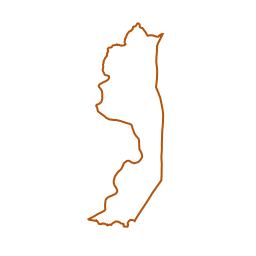 Goudomp, Sédhiou, Senegal, rotated 296°
{"feature_id": "50182788B48951494587639", "entity_name": "Goudomp", "entity_type": "district", "adm_level": 2, "iso_a3": "SEN", "parent_name": "Senegal", "parent_adm1": "Sédhiou", "projection": "mercator", "projection_center": [-15.551, 12.644], "detail": "fine", "context": "isolated", "style": "outline", "palette": "amber", "viewbox_px": 256, "rotation_deg": 296, "n_neighbors": 0, "source": "geoboundaries", "source_scale": "gbopen_adm2", "svg_char_len": 5696}
<svg xmlns="http://www.w3.org/2000/svg" viewBox="0 0 256 256"><g transform="rotate(296 128 128)"><path d="M226.4,91.0L225.9,90.6L225.4,90.5L223.4,90.4L223.0,90.2L222.2,89.5L221.9,89.2L221.8,88.8L221.4,88.5L220.8,88.3L220.5,88.4L220.1,88.5L219.7,88.7L219.3,88.7L219.0,88.8L218.7,88.6L218.2,88.5L217.7,88.4L217.3,88.1L216.4,88.0L216.2,87.7L215.8,87.5L215.6,87.1L215.0,86.7L214.3,86.5L213.6,86.5L213.0,86.3L211.9,86.1L210.4,86.3L209.9,86.3L209.5,86.3L207.5,86.5L207.0,86.2L206.5,86.5L204.5,87.0L203.8,87.2L203.1,87.8L202.8,88.1L202.6,88.4L202.5,88.7L202.3,89.0L201.8,89.0L201.6,88.9L200.6,88.3L200.5,88.0L199.7,86.9L199.1,85.9L198.9,84.6L198.9,83.5L198.1,82.5L198.1,82.0L198.3,81.6L198.2,81.2L197.7,81.1L196.9,80.2L195.7,78.3L195.0,78.0L194.2,77.9L193.5,77.8L193.1,77.6L192.5,76.8L192.3,76.5L192.1,76.0L192.0,75.8L191.6,75.5L191.0,75.3L190.4,75.1L189.9,75.2L189.0,75.9L187.9,76.6L187.5,76.6L186.0,76.5L185.3,76.7L184.4,77.2L183.8,77.5L183.4,77.3L181.9,77.1L181.5,76.9L180.9,76.8L179.2,76.8L178.3,76.8L177.7,76.8L176.8,77.0L175.8,77.6L174.4,77.6L171.9,79.1L171.4,79.2L170.5,79.4L169.3,79.7L168.4,80.3L167.5,81.4L167.2,81.8L166.7,82.5L166.5,82.8L166.2,83.0L165.7,83.8L165.7,84.2L165.7,84.9L166.1,86.6L166.2,88.1L166.0,88.4L165.7,88.5L165.4,88.7L164.9,89.0L163.8,89.0L163.1,88.9L161.9,88.5L161.3,88.2L160.9,87.8L160.2,87.4L159.3,86.6L156.9,84.7L156.2,84.3L154.9,83.5L154.3,83.3L153.8,83.2L153.1,83.2L152.5,83.6L152.2,84.1L151.2,86.2L150.5,87.3L149.7,88.3L149.0,89.0L148.1,89.4L147.1,90.1L146.5,90.4L144.9,91.1L143.9,91.7L142.7,92.2L141.3,92.4L140.5,92.5L139.6,92.5L139.2,92.4L137.8,91.8L136.6,91.1L136.0,90.5L135.2,89.8L134.4,89.5L133.7,89.9L133.1,91.0L132.7,91.4L132.4,91.8L131.3,92.4L130.9,92.8L130.4,93.1L129.9,93.6L129.8,94.1L129.5,94.9L128.9,98.2L128.7,99.1L128.7,99.7L128.5,100.5L128.4,101.2L128.1,102.5L127.8,103.4L127.5,103.9L127.6,105.8L127.5,107.1L127.6,107.5L127.8,108.0L127.9,108.6L128.2,109.2L128.4,110.0L128.7,110.6L128.9,111.6L130.0,113.8L130.3,115.5L130.5,116.0L130.9,117.5L131.4,121.2L131.8,124.4L132.4,127.5L132.4,128.7L132.4,129.2L132.2,129.8L132.0,130.3L131.1,131.0L129.1,132.8L126.2,135.9L125.8,136.4L125.5,137.0L124.8,138.0L124.4,138.8L124.2,139.5L123.3,141.4L122.8,142.3L122.4,142.7L121.5,143.5L121.1,143.7L118.9,144.8L116.0,146.4L113.8,147.7L112.3,149.9L111.1,151.4L110.0,152.4L108.8,153.2L107.9,153.4L107.2,153.4L106.4,153.4L105.7,153.2L104.1,153.0L103.5,152.7L102.4,152.4L102.0,152.2L101.4,151.6L100.6,150.8L100.3,150.4L99.4,149.5L98.9,148.7L98.7,146.4L98.7,145.4L98.8,145.0L98.8,144.6L99.0,144.2L99.0,143.7L98.9,143.3L98.9,143.0L98.4,142.1L98.0,141.5L97.0,140.9L95.8,140.4L95.2,140.0L94.1,139.7L93.2,139.9L92.6,139.9L91.5,140.0L89.9,139.9L88.8,140.0L87.7,139.8L86.9,139.5L85.6,139.0L85.1,138.6L83.5,138.3L82.9,138.0L82.3,138.0L81.6,137.8L81.2,137.9L79.6,137.6L78.7,137.6L77.9,137.6L76.7,137.8L75.8,138.1L75.1,138.1L74.6,138.3L73.6,138.6L73.2,138.9L72.6,139.1L71.2,140.4L70.5,141.1L70.1,141.8L69.8,142.2L69.6,142.7L69.2,143.1L68.9,143.9L68.1,144.7L67.1,145.8L66.6,145.9L66.0,146.2L65.6,146.1L65.2,146.1L64.1,146.0L63.7,145.7L63.1,145.5L62.7,145.2L62.5,144.9L61.9,144.6L61.4,144.1L60.8,143.7L59.2,142.3L58.7,141.7L58.2,141.3L57.7,141.0L57.1,140.5L54.2,139.4L53.1,139.6L51.9,140.0L50.9,140.3L50.1,140.7L48.5,141.2L44.8,143.3L44.6,143.3L44.0,143.2L43.2,143.0L38.9,139.8L38.4,139.3L38.0,139.0L35.2,137.2L34.5,136.7L33.1,135.7L31.7,134.8L30.9,134.0L28.7,132.5L28.5,133.0L28.5,133.4L28.9,134.5L29.1,135.4L29.9,137.8L30.0,138.5L30.0,138.9L30.3,139.4L30.5,139.5L30.9,139.7L31.1,139.9L30.7,140.4L30.6,140.7L30.6,140.9L30.8,141.2L30.4,141.8L30.1,142.1L29.9,142.7L29.5,143.1L29.1,143.5L29.2,143.9L29.4,144.3L29.4,144.8L29.3,145.0L29.3,145.3L29.4,145.5L29.7,145.8L29.9,146.3L31.0,146.7L31.3,147.5L31.2,148.0L31.7,148.8L31.8,149.0L31.8,149.3L31.7,149.5L31.7,149.9L31.8,150.3L31.8,150.9L31.7,151.5L31.6,152.0L32.0,152.0L31.9,152.3L32.1,152.8L32.9,153.5L33.3,154.2L33.4,154.5L33.4,155.1L33.6,155.4L33.9,155.6L34.4,155.5L34.9,155.6L36.6,156.5L37.4,157.2L38.2,157.6L38.9,158.3L38.9,158.7L39.0,159.0L39.5,160.1L39.4,160.3L39.5,160.8L39.4,161.2L39.6,161.5L39.4,162.4L39.2,162.8L39.2,163.5L39.3,164.3L39.5,165.1L39.8,165.7L39.8,166.0L39.6,166.3L39.3,166.4L38.6,166.8L37.8,167.2L37.7,167.5L37.8,167.9L38.2,168.9L39.0,170.3L39.1,170.8L39.7,170.9L40.5,170.6L41.3,170.4L41.5,169.9L41.9,169.7L42.1,169.5L42.4,169.5L43.0,169.4L43.6,169.4L44.1,169.5L44.5,169.6L44.9,169.7L45.2,169.9L46.5,170.5L46.7,171.5L47.1,171.9L47.3,172.8L47.3,173.2L47.4,173.8L47.2,174.8L48.4,174.8L52.1,175.1L58.6,175.9L67.0,177.0L75.4,178.0L80.1,178.4L91.8,180.3L95.7,180.9L96.1,180.7L97.3,180.1L99.6,179.2L106.8,175.8L108.6,175.0L110.7,174.0L115.8,171.1L117.0,170.5L121.3,168.8L124.7,167.3L129.9,164.7L134.2,162.9L136.9,161.6L141.0,159.8L144.8,158.4L149.6,156.4L155.4,153.8L158.2,152.0L161.1,150.0L162.5,148.9L164.2,147.6L166.9,145.6L169.4,143.6L172.9,139.9L176.9,135.3L183.8,132.9L189.8,130.3L190.9,129.7L192.7,128.9L200.0,124.3L201.1,123.9L204.6,122.3L210.1,120.2L211.8,119.3L213.1,118.9L214.2,118.2L215.6,118.1L216.2,117.9L217.8,117.9L223.1,118.0L227.5,118.0L227.3,117.7L227.1,117.5L227.3,117.4L227.2,117.2L226.5,116.6L226.2,116.5L226.1,116.3L225.5,116.0L225.2,116.0L225.2,115.8L224.4,115.5L223.7,115.5L223.3,115.2L223.3,114.9L222.8,114.2L222.7,113.9L222.6,113.3L222.3,111.7L222.3,111.2L222.2,110.5L222.2,110.1L222.1,109.7L221.7,108.9L221.5,108.2L221.0,107.1L220.5,106.3L220.0,106.0L219.8,105.7L219.6,105.3L219.8,104.6L220.1,104.3L220.6,103.4L221.4,102.4L222.0,101.3L222.4,100.6L223.1,99.0L223.7,98.2L223.9,97.9L224.0,97.6L224.1,97.0L224.1,96.7L224.0,96.3L223.7,95.5L223.8,94.7L223.9,94.4L224.2,94.1L225.1,93.8L225.4,93.6L226.2,92.8L226.5,92.2L226.4,91.6L226.4,91.0Z" fill="none" stroke="#b45309" stroke-width="2"/></g></svg>